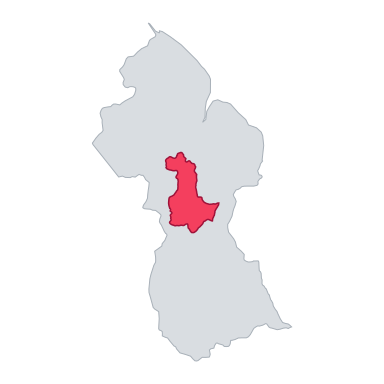 VIII-2 Lower Potaro/Ladsm, Potaro-Siparuni, Guyana (highlighted)
{"feature_id": "73187651B19999842805850", "entity_name": "VIII-2 Lower Potaro/Ladsm", "entity_type": "district", "adm_level": 2, "iso_a3": "GUY", "parent_name": "Guyana", "parent_adm1": "Potaro-Siparuni", "projection": "robinson", "projection_center": [-59.037, 4.863], "detail": "fine", "context": "in_parent", "style": "filled", "palette": "rose", "viewbox_px": 384, "rotation_deg": 0, "n_neighbors": 0, "source": "geoboundaries", "source_scale": "gbopen_adm2", "svg_char_len": 9589}
<svg xmlns="http://www.w3.org/2000/svg" viewBox="0 0 384 384"><path d="M118.7,177.0L110.1,166.1L101.5,155.3L93.0,144.6L92.4,143.1L96.0,138.0L99.2,134.3L101.8,132.3L103.1,130.4L102.1,122.6L102.2,119.7L100.9,116.7L100.1,113.2L101.1,110.3L102.4,108.3L104.1,107.6L108.0,106.9L110.8,106.6L111.8,105.4L113.5,104.1L115.6,104.0L119.8,104.9L121.7,103.2L125.1,100.9L132.8,96.8L134.6,94.2L135.8,90.1L135.7,88.1L134.9,87.4L133.0,86.7L130.0,86.6L127.7,87.7L125.2,87.1L123.2,84.6L123.1,82.5L124.3,79.5L123.6,77.6L119.7,71.4L119.8,69.6L122.6,66.9L124.2,64.5L126.3,58.8L128.1,56.9L133.5,56.2L134.8,55.0L137.6,52.0L141.7,48.6L147.6,45.8L149.3,40.9L150.3,39.5L155.0,36.9L155.8,35.5L155.7,34.2L148.2,23.0L149.7,23.8L155.5,31.1L158.7,32.7L159.4,32.7L159.4,30.8L162.4,31.6L170.1,36.6L181.3,44.9L197.0,60.5L201.5,66.4L204.5,69.2L209.2,76.0L210.5,79.3L210.4,92.5L206.3,101.5L205.3,108.2L205.0,117.2L202.6,122.3L205.8,119.5L206.8,111.4L209.5,106.5L213.1,101.1L217.8,99.8L222.9,102.1L227.0,102.5L230.6,104.1L238.3,112.8L245.8,119.6L248.5,125.0L256.5,127.8L261.2,132.1L262.7,135.8L263.7,145.6L262.1,160.3L262.6,161.0L260.4,163.9L260.0,165.8L258.6,169.1L257.6,170.8L259.1,174.9L260.9,175.1L261.6,175.6L262.1,176.4L262.0,177.3L261.3,178.1L259.6,179.0L257.9,181.4L258.1,184.0L257.1,185.3L253.8,186.1L247.3,186.1L244.2,186.2L241.7,186.7L240.0,188.4L237.9,189.5L236.2,189.8L234.8,191.8L233.3,194.5L233.8,196.4L235.3,198.9L236.2,201.5L235.0,205.7L233.7,208.9L233.0,211.4L232.0,216.2L229.5,221.4L227.7,224.3L227.7,227.6L228.6,232.2L233.7,238.8L235.4,242.0L236.7,247.2L241.3,251.2L244.2,254.4L243.9,258.8L244.3,260.1L246.1,261.2L248.2,262.0L250.6,261.9L252.8,261.6L253.3,261.0L258.2,260.9L258.8,262.0L259.1,268.2L259.3,270.7L260.4,271.7L261.1,273.2L261.2,274.6L261.4,278.1L262.1,279.9L262.0,283.6L262.5,285.0L263.9,285.9L265.6,288.6L266.3,288.9L266.6,289.8L268.1,293.6L268.8,294.7L269.4,294.9L269.6,296.2L270.7,299.8L271.4,300.6L272.8,303.2L273.3,306.0L275.2,309.2L277.0,311.5L277.9,313.8L280.3,318.9L282.6,322.5L285.7,323.5L288.3,324.0L290.0,325.4L291.6,326.9L289.8,327.6L288.3,328.5L286.1,327.8L283.2,328.2L280.1,329.2L277.2,329.7L271.8,328.1L270.2,327.8L269.0,327.1L266.8,324.0L265.7,323.6L262.9,325.1L259.4,326.1L257.7,325.9L255.7,327.0L253.8,328.4L250.3,334.6L248.4,336.8L246.4,337.8L242.5,337.8L238.3,338.0L235.1,339.5L232.1,340.3L230.7,340.4L230.2,343.8L229.5,345.4L228.6,346.3L226.3,346.6L224.2,346.4L222.9,345.0L220.6,344.3L218.6,343.8L217.2,343.0L216.1,343.2L215.2,344.6L214.5,345.8L213.9,348.1L210.8,348.8L209.4,350.0L210.2,354.2L209.8,355.9L209.2,357.1L205.4,357.4L202.2,357.3L200.3,358.8L198.0,360.6L196.6,361.0L194.9,360.8L192.8,358.8L190.6,356.2L185.3,354.4L180.0,352.9L176.5,348.8L175.7,346.8L174.0,346.0L169.9,341.1L167.6,338.0L165.1,337.2L162.3,335.9L162.4,333.6L162.2,331.5L161.0,330.6L159.3,330.0L158.7,328.8L158.8,326.0L159.2,318.6L158.7,311.6L154.9,309.2L153.2,307.5L150.4,297.2L149.0,292.5L148.9,289.0L149.9,278.7L151.0,274.2L153.9,265.2L155.6,262.2L155.7,259.9L155.6,257.0L154.7,251.2L159.7,247.6L161.8,246.1L162.2,243.6L164.8,240.5L166.0,237.6L167.0,235.3L166.7,234.1L165.6,233.4L164.2,231.2L161.3,224.9L160.3,223.6L159.4,221.8L159.8,219.0L161.0,216.0L160.8,214.7L159.1,213.1L155.6,210.4L152.6,210.2L150.3,209.2L147.0,209.0L144.3,208.7L142.8,207.7L143.1,206.1L143.7,204.8L146.0,201.6L147.5,198.2L147.7,194.9L148.2,190.5L148.8,186.7L149.2,182.5L145.6,179.6L144.5,177.3L143.0,175.3L141.4,175.3L139.0,174.4L135.2,177.1L132.2,176.6L130.2,177.6L125.4,177.4L122.4,176.1L118.7,177.0Z" fill="#d9dde1" stroke="#a8b0b8" stroke-width="1"/><path d="M195.7,166.9L195.3,166.3L195.0,165.8L194.8,165.0L194.7,164.6L194.4,164.3L194.2,164.0L193.8,163.8L193.3,163.6L193.0,163.6L192.7,163.5L192.3,163.5L191.9,163.4L191.6,163.2L191.4,162.9L191.1,162.6L190.6,162.2L190.2,161.4L189.8,161.1L189.4,160.9L189.0,160.8L188.5,161.0L188.1,161.1L187.8,161.5L186.9,161.9L186.6,162.0L186.2,161.9L185.8,161.6L185.5,161.4L185.4,160.8L185.5,160.3L185.5,159.7L185.7,159.2L185.9,158.8L185.7,158.4L185.3,158.1L184.9,157.7L184.5,157.3L184.2,157.1L183.9,156.7L183.7,156.5L183.6,156.0L183.6,155.5L183.6,155.0L183.5,154.7L183.2,154.3L182.8,153.9L182.5,153.5L182.4,153.2L182.1,152.9L181.7,152.6L181.3,152.5L181.0,152.5L180.5,152.5L180.1,152.7L179.6,152.9L179.1,153.0L178.7,153.2L178.1,153.4L177.8,153.6L177.3,154.4L177.3,154.9L177.2,155.3L176.8,155.6L176.7,156.1L176.5,156.5L176.4,156.9L176.2,157.3L175.9,157.6L175.6,157.9L175.2,158.1L174.8,158.2L174.4,158.3L173.9,158.2L173.6,158.1L173.1,158.0L172.7,157.8L171.3,157.1L170.8,156.8L170.4,156.8L169.9,156.7L169.5,156.9L169.1,157.1L168.8,157.4L168.4,157.7L168.1,158.0L167.3,158.4L167.0,158.6L166.3,159.3L166.1,159.5L165.8,160.0L165.7,160.3L165.6,160.9L165.8,161.5L166.0,162.0L166.1,162.4L166.2,162.8L166.3,163.2L166.3,163.6L166.1,164.4L166.1,165.0L166.2,165.5L166.3,165.9L166.4,166.3L166.4,166.9L166.3,167.2L166.0,167.7L166.5,168.2L166.7,168.7L167.1,168.8L167.6,169.1L167.9,169.3L168.3,169.4L168.8,169.6L169.6,169.9L170.1,170.0L171.0,170.1L171.9,170.4L172.4,170.5L173.0,170.7L173.5,170.7L174.3,170.7L174.7,170.7L175.1,170.6L175.5,170.5L176.0,170.5L176.4,170.5L176.8,170.6L177.1,170.9L177.3,171.3L177.6,171.8L177.7,172.2L177.8,172.7L177.7,173.2L177.7,173.6L177.6,174.0L177.4,174.4L177.1,174.9L176.8,175.2L176.6,175.6L176.3,176.2L176.1,176.6L176.0,177.1L176.1,177.6L176.3,177.9L176.6,178.2L176.9,178.4L177.3,178.6L177.6,178.9L177.9,179.4L178.0,179.8L178.0,180.3L178.1,180.6L178.2,181.2L178.2,181.7L178.0,182.9L178.0,183.3L178.0,183.8L177.9,184.3L177.9,185.4L178.0,185.9L178.0,186.4L177.9,187.5L177.9,188.0L177.9,188.5L177.8,189.0L177.7,189.4L177.6,189.9L177.3,190.2L176.9,190.6L176.5,191.1L176.2,191.5L176.1,191.9L175.8,192.3L175.5,192.7L175.2,193.1L174.9,193.4L174.7,193.8L174.4,194.2L174.1,194.7L173.7,195.1L173.2,195.4L172.8,195.6L172.4,195.9L171.8,196.2L171.3,196.4L170.9,196.5L170.4,196.8L170.0,197.0L169.6,197.3L169.3,197.6L169.2,198.1L169.0,198.7L168.9,199.1L168.9,199.7L168.8,200.3L168.8,200.8L168.7,201.2L168.7,201.8L168.7,202.2L168.6,202.7L168.6,203.1L168.7,204.0L168.9,205.3L169.0,205.8L169.3,206.8L169.5,207.5L169.7,207.9L169.7,208.3L170.1,208.5L170.3,208.8L170.5,209.2L170.6,209.6L170.5,210.0L170.3,210.5L170.2,211.0L170.4,211.4L170.8,211.6L171.2,211.7L171.4,212.0L171.7,212.4L171.9,212.8L171.8,213.3L171.5,213.6L171.3,213.9L171.0,214.2L170.7,214.5L170.5,214.8L170.3,215.2L170.3,215.6L170.5,216.1L170.7,216.5L170.8,217.1L170.9,217.6L170.7,218.1L170.7,218.5L170.9,218.9L171.0,219.4L171.1,219.9L171.0,220.3L170.7,220.7L170.4,221.1L170.1,221.5L169.8,221.8L169.6,222.2L169.6,222.7L169.8,223.1L170.1,223.5L170.4,223.8L171.1,224.3L171.6,224.6L171.9,224.7L172.6,225.0L173.4,225.2L173.8,225.3L174.1,225.5L174.5,225.6L175.0,225.8L175.3,225.8L175.7,225.7L176.3,225.6L177.0,225.5L178.8,225.7L179.3,225.6L179.7,225.6L180.1,225.5L180.4,225.3L180.8,225.2L181.1,225.2L181.6,225.2L182.3,225.4L182.6,225.4L183.1,225.5L183.5,225.5L184.0,225.4L184.3,225.2L184.7,224.9L185.0,224.7L185.7,224.3L186.0,224.1L186.8,224.0L187.1,223.9L187.6,224.1L187.8,224.5L187.8,225.0L187.9,225.4L188.0,226.4L188.0,226.9L188.1,227.4L188.2,227.8L188.4,228.3L188.7,228.6L189.1,228.9L189.4,229.2L189.8,230.1L190.6,231.4L190.8,231.7L191.1,232.0L191.5,232.4L191.9,232.6L192.3,232.6L192.7,232.6L193.1,232.6L193.7,232.6L194.1,232.4L194.5,232.2L194.8,231.9L195.2,231.7L195.6,231.5L196.3,230.8L196.6,230.5L197.2,229.8L197.4,229.5L197.6,229.2L197.8,228.9L198.2,228.1L198.5,227.8L198.9,227.5L199.3,227.2L199.6,227.0L200.4,226.3L200.7,225.9L200.9,225.6L201.3,225.4L201.6,225.0L201.9,224.7L202.2,224.3L202.5,224.0L202.8,223.6L202.9,223.2L203.1,222.9L203.3,222.4L203.8,221.5L204.2,221.3L204.7,221.2L205.4,220.8L205.7,220.5L206.0,220.3L206.4,220.0L206.7,219.8L207.2,219.6L207.5,219.5L208.0,219.4L208.8,219.6L209.2,219.7L209.6,219.9L210.0,220.2L210.5,220.3L210.8,220.5L211.2,220.7L211.8,220.8L212.2,221.0L212.5,220.8L212.5,220.5L212.5,220.1L212.6,219.7L212.6,219.3L212.6,218.8L212.8,218.4L213.0,218.0L213.3,217.6L213.4,217.2L213.6,216.7L213.7,216.3L214.0,215.8L214.3,215.4L214.4,215.0L214.5,214.4L214.5,214.0L214.6,213.6L214.9,212.5L214.9,212.0L214.9,211.5L215.0,211.0L215.3,210.5L215.7,209.6L216.0,209.2L216.5,208.3L216.9,207.7L217.2,207.3L217.4,206.9L217.6,206.5L218.1,205.6L218.4,205.2L218.6,204.8L218.6,204.4L218.7,203.7L218.8,203.0L218.2,203.0L217.9,203.1L217.5,203.1L217.1,203.3L216.6,203.5L216.2,203.7L215.8,203.9L215.4,204.0L214.9,204.1L214.5,204.0L214.1,203.8L213.7,203.8L213.3,203.9L212.9,203.9L212.6,204.0L212.2,204.1L211.4,204.2L211.0,204.2L210.5,204.2L210.0,204.3L209.6,204.3L209.2,204.3L208.8,204.2L208.5,204.0L208.1,203.9L207.7,203.8L207.4,203.7L206.6,203.5L206.1,203.4L205.8,203.1L204.9,202.7L204.5,202.4L204.2,202.2L203.8,201.9L203.3,201.2L202.8,200.6L202.5,200.1L202.2,199.6L202.1,199.2L202.0,198.6L202.0,198.2L201.9,197.8L201.7,197.5L201.4,197.3L200.9,197.1L200.4,197.1L199.7,197.0L199.3,197.1L198.9,197.1L198.4,197.1L197.9,196.8L197.6,196.5L197.4,196.0L197.3,195.6L197.2,194.6L197.1,194.1L196.9,193.6L196.8,193.2L196.8,192.8L196.7,192.4L196.6,191.9L196.6,191.3L196.4,190.6L196.3,190.0L196.2,189.3L196.0,188.7L195.8,188.2L195.7,187.6L195.7,187.2L195.7,186.7L195.7,186.2L195.9,185.7L196.0,185.2L195.9,184.8L195.9,184.0L196.0,183.5L196.2,183.0L196.3,182.4L196.4,181.9L196.6,181.6L196.8,181.2L196.8,180.7L196.9,180.3L196.8,179.8L196.7,179.4L196.6,178.9L196.6,178.3L196.5,177.7L196.5,177.1L196.5,176.5L196.5,176.1L196.6,175.7L196.4,175.2L196.6,174.8L196.7,174.4L196.4,174.0L196.0,173.7L195.7,173.3L195.6,172.9L195.3,172.5L194.9,172.1L194.5,171.7L194.4,171.3L194.4,170.3L194.5,169.9L194.7,169.4L194.8,169.0L195.1,168.6L195.3,168.2L195.4,167.8L195.5,167.3L195.7,166.9Z" fill="#f43f5e" stroke="#9f1239" stroke-width="1.5"/></svg>